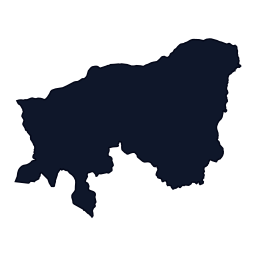 Pante Macassar, Ambeno, East Timor (orthographic projection)
{"feature_id": "22284137B41915999739632", "entity_name": "Pante Macassar", "entity_type": "district", "adm_level": 2, "iso_a3": "TLS", "parent_name": "East Timor", "parent_adm1": "Ambeno", "projection": "orthographic", "projection_center": [124.394, -9.27], "detail": "fine", "context": "isolated", "style": "filled", "palette": "ink", "viewbox_px": 256, "rotation_deg": 0, "n_neighbors": 0, "source": "geoboundaries", "source_scale": "gbopen_adm2", "svg_char_len": 5777}
<svg xmlns="http://www.w3.org/2000/svg" viewBox="0 0 256 256"><path d="M92.0,217.0L92.9,215.8L92.7,213.1L92.2,210.7L93.3,208.0L95.0,206.5L95.1,205.6L94.5,204.2L95.0,203.6L95.1,202.8L95.7,202.3L95.8,201.9L94.7,197.0L95.2,195.0L95.2,193.9L94.7,192.9L94.1,192.3L93.1,191.7L89.2,190.3L88.7,189.7L88.3,188.5L88.8,186.2L88.1,184.2L87.5,183.2L86.1,182.6L85.7,182.3L85.4,181.8L85.3,181.1L85.5,180.0L87.3,176.6L87.3,176.1L86.9,175.1L87.2,173.8L88.0,172.5L89.2,172.5L91.5,171.6L93.0,171.5L93.7,172.0L95.7,174.4L96.1,176.1L96.7,176.1L97.3,175.6L98.2,174.0L99.1,173.5L100.9,173.7L106.2,172.6L106.7,172.3L107.8,172.8L108.7,172.9L111.8,170.6L111.9,169.7L111.6,167.5L111.7,167.2L113.1,165.5L113.0,164.4L111.6,160.4L111.9,159.2L111.7,158.2L110.6,157.0L108.5,156.2L108.1,155.7L107.9,153.7L108.8,151.4L109.0,150.0L108.7,148.2L109.0,147.6L112.8,146.7L117.0,146.4L118.0,146.1L118.3,145.5L117.9,144.5L118.0,144.0L118.7,142.9L118.8,142.0L119.1,141.5L120.6,141.8L121.3,142.2L121.6,143.3L121.7,144.8L122.0,145.7L121.8,146.8L122.0,149.1L122.3,149.9L124.9,152.4L126.1,153.0L126.5,153.6L127.8,154.0L130.7,152.8L132.9,152.2L134.7,152.3L137.1,154.7L137.5,156.7L137.9,157.2L142.5,161.0L143.6,161.6L144.7,161.9L147.6,161.6L149.4,161.8L151.2,162.8L151.8,163.9L153.9,166.3L155.2,166.6L156.0,165.8L156.4,165.8L157.1,166.2L157.2,167.3L157.9,168.5L158.0,169.9L157.9,170.3L157.0,172.0L156.3,174.1L156.3,174.6L156.4,175.2L157.4,176.1L157.9,177.5L158.3,177.8L161.2,178.6L161.8,179.7L162.1,181.1L162.5,181.5L163.4,181.4L164.1,180.8L165.9,180.7L167.0,182.5L167.0,184.4L167.7,185.5L169.2,185.2L171.1,185.9L171.4,186.2L171.6,187.4L173.0,189.0L173.3,188.7L173.9,188.7L174.3,188.2L174.8,187.9L175.1,187.8L175.7,188.2L177.0,187.4L177.8,186.4L178.6,186.4L179.4,187.3L180.2,187.4L182.4,185.2L183.3,185.2L184.0,185.5L184.7,185.0L186.0,184.9L188.6,185.2L189.3,184.9L191.0,183.7L191.5,182.5L192.8,181.9L193.8,182.2L194.9,182.1L195.7,183.0L196.5,183.6L197.5,182.7L198.0,181.8L199.2,181.6L199.6,182.2L199.3,182.9L199.5,183.8L200.1,184.5L202.6,183.5L203.1,183.1L203.3,181.7L202.5,181.0L202.3,180.5L202.5,178.8L203.1,178.2L203.6,178.0L203.6,176.9L204.1,175.0L203.2,173.3L204.3,171.4L203.7,169.5L204.0,167.5L204.2,167.0L206.0,166.2L206.5,165.5L207.1,165.3L207.5,164.3L208.3,163.4L208.5,162.3L209.5,160.2L210.0,159.8L211.1,159.8L212.2,160.5L216.1,161.7L216.5,161.6L216.9,160.6L217.4,160.0L218.2,159.4L220.3,158.6L220.8,157.7L221.3,157.3L222.4,155.6L223.1,153.5L223.2,151.4L222.9,150.4L222.8,148.4L220.3,145.6L219.9,145.5L219.0,142.0L217.4,140.3L217.0,139.2L217.2,138.8L217.7,138.4L217.8,137.8L217.6,136.6L218.0,136.0L218.0,134.9L217.7,134.1L217.9,133.3L216.6,129.3L216.4,127.8L216.5,126.2L217.7,122.9L219.0,120.8L221.0,118.8L222.0,116.9L223.0,111.7L223.3,111.0L224.1,111.0L224.7,111.7L225.3,111.9L226.1,111.4L226.5,110.8L226.5,110.1L225.5,109.2L225.6,107.6L225.1,104.8L225.6,103.8L226.0,102.5L226.9,101.8L227.3,101.2L227.0,99.4L226.5,98.4L226.7,97.7L226.1,96.7L226.1,95.8L226.2,94.6L227.3,93.7L227.7,92.8L227.3,90.9L226.7,90.0L226.4,89.0L226.5,87.2L227.1,85.7L226.9,84.1L227.8,82.6L227.6,81.3L228.0,80.2L227.7,78.2L228.2,76.2L228.6,75.6L228.6,74.8L230.8,73.6L232.1,72.2L232.5,71.4L233.2,71.5L233.8,70.9L234.9,70.7L234.8,69.4L236.0,68.6L236.1,68.0L236.4,67.6L238.2,67.1L239.2,67.2L239.2,66.6L239.7,66.2L240.2,66.6L240.6,66.3L240.5,65.5L238.9,64.7L237.9,63.9L237.9,63.7L238.6,63.4L238.6,62.1L239.0,60.9L238.6,59.7L238.6,58.0L237.5,56.1L237.6,55.0L237.2,53.7L237.4,50.9L236.8,49.0L236.7,47.1L236.3,46.3L235.2,45.8L235.0,45.4L233.7,45.9L232.0,45.5L229.6,43.6L228.5,43.6L228.0,43.9L226.4,44.2L221.3,42.2L219.4,41.8L217.0,40.7L211.3,39.1L209.6,39.0L206.5,39.4L203.5,40.8L199.2,39.8L193.7,39.6L192.3,39.7L190.4,40.4L187.3,42.2L185.0,43.0L183.9,43.7L180.9,44.2L179.9,44.8L177.9,46.7L176.4,48.6L174.6,49.7L173.0,52.4L171.5,53.2L170.6,53.9L169.8,55.8L169.1,56.6L168.0,57.4L167.0,57.6L164.6,56.8L164.6,56.6L164.1,56.5L162.3,56.8L161.5,57.3L160.1,59.0L157.1,61.7L153.6,62.3L151.3,62.9L148.0,64.5L146.0,65.1L143.8,66.4L142.9,66.5L140.7,66.0L136.5,65.7L134.4,66.1L131.6,66.2L127.2,64.7L121.6,64.0L119.8,64.3L118.6,64.1L114.2,64.5L110.5,64.7L109.2,65.5L107.6,65.7L106.0,66.4L100.4,68.2L99.3,67.9L98.1,66.9L96.9,66.4L95.2,66.4L92.5,66.9L91.5,67.4L90.4,68.5L88.5,70.9L87.1,75.7L86.4,76.9L84.4,78.8L83.6,78.9L82.9,78.8L81.9,79.1L79.8,80.6L78.0,81.6L75.5,81.9L74.2,82.2L67.1,85.9L62.8,87.9L55.5,89.1L52.1,90.3L50.9,91.4L49.8,93.8L47.5,97.4L45.5,99.4L44.0,99.7L42.5,99.0L40.6,98.5L38.0,98.3L36.3,98.8L34.9,98.8L32.2,98.1L30.9,98.4L27.2,99.9L24.9,99.9L23.4,100.3L21.0,100.0L18.9,100.2L16.9,100.8L18.3,103.5L18.9,104.1L19.8,104.4L21.0,105.8L22.9,109.2L23.1,110.6L23.6,111.5L22.1,115.4L22.0,116.3L24.1,119.8L23.9,121.2L23.0,123.7L23.0,124.3L23.3,125.0L25.1,127.9L25.7,130.0L27.3,130.9L27.7,132.2L30.8,135.9L30.6,137.3L30.9,139.6L32.0,140.7L32.2,141.6L33.0,142.5L33.8,144.8L34.6,145.8L34.9,147.1L34.9,148.7L34.4,149.7L34.7,150.6L34.1,152.2L34.7,153.1L34.6,153.7L33.6,154.8L33.2,155.9L33.0,157.0L33.1,157.5L33.6,158.1L35.4,158.8L35.8,159.9L35.6,160.2L33.0,160.8L31.9,161.3L30.7,162.8L28.4,164.2L26.8,164.9L23.4,165.6L22.0,166.3L20.6,167.5L19.6,168.7L18.7,170.2L17.9,172.9L17.4,176.5L15.4,181.5L28.4,183.0L29.0,182.8L30.2,181.3L30.7,181.1L32.3,181.3L33.4,181.2L34.1,181.6L35.5,180.4L38.6,178.8L39.1,176.9L39.9,175.9L40.1,173.8L40.9,172.7L41.5,172.5L48.1,179.1L49.4,182.9L51.5,186.3L53.6,186.4L54.1,186.2L54.3,185.9L54.5,184.3L55.3,181.6L55.2,180.6L57.1,174.9L57.2,173.5L59.6,169.9L60.6,168.9L61.8,169.9L63.2,169.0L66.0,170.4L67.6,170.4L69.8,173.0L72.5,175.0L73.0,175.6L74.3,177.2L75.7,180.1L75.9,182.5L75.6,186.2L75.5,190.0L74.7,191.5L72.4,194.5L72.0,195.6L72.0,197.4L72.9,200.4L73.2,202.9L74.1,203.9L82.9,208.8L83.5,209.4L83.9,210.2L84.8,210.2L87.9,213.2L89.7,214.2L90.0,214.9L90.6,215.2L92.0,217.0Z" fill="#0f172a" stroke="#020617" stroke-width="1.5"/></svg>